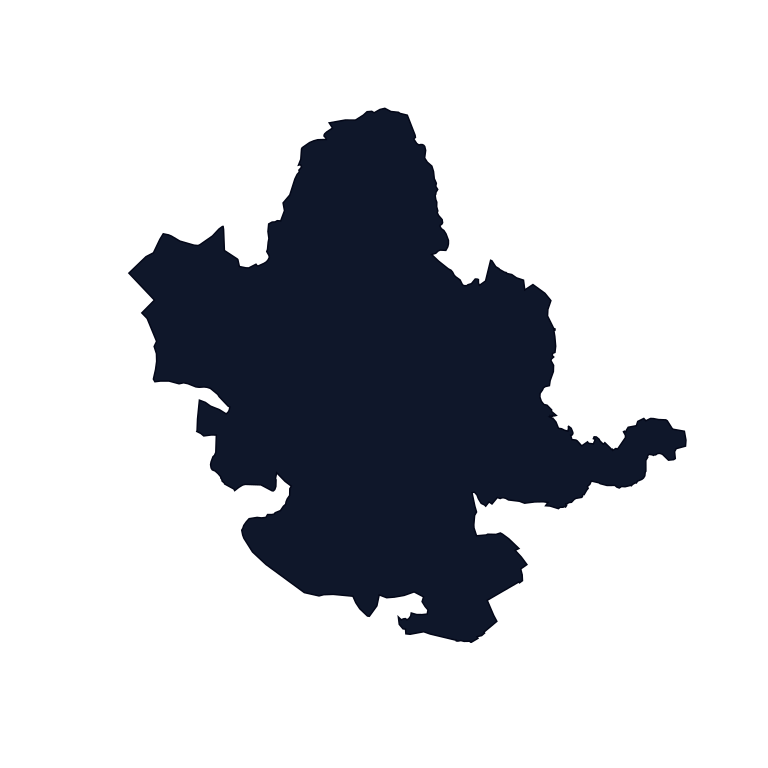 Beclean, Bistrita-Nasaud, Romania, rotated 223°
{"feature_id": "2599482B65720135883018", "entity_name": "Beclean", "entity_type": "district", "adm_level": 2, "iso_a3": "ROU", "parent_name": "Romania", "parent_adm1": "Bistrita-Nasaud", "projection": "robinson", "projection_center": [24.16, 47.164], "detail": "fine", "context": "isolated", "style": "filled", "palette": "ink", "viewbox_px": 768, "rotation_deg": 223, "n_neighbors": 0, "source": "geoboundaries", "source_scale": "gbopen_adm2", "svg_char_len": 6171}
<svg xmlns="http://www.w3.org/2000/svg" viewBox="0 0 768 768"><g transform="rotate(223 384 384)"><path d="M550.3,596.5L556.9,592.8L558.7,592.6L564.8,588.0L571.4,586.2L574.2,582.0L576.2,575.6L578.9,575.1L582.1,571.6L582.5,566.6L584.9,557.5L592.4,550.6L602.2,537.6L596.2,536.1L597.8,529.3L598.0,526.6L597.6,525.2L596.9,524.4L594.5,524.3L593.0,523.5L599.1,517.4L601.3,513.8L603.1,509.8L605.0,501.0L604.6,499.6L598.1,491.6L595.8,485.7L594.6,487.5L592.2,486.4L592.1,482.4L590.5,481.2L590.5,478.1L589.0,473.2L581.8,458.0L581.3,447.6L575.0,442.9L570.8,432.8L573.5,430.6L574.2,428.3L576.3,426.1L577.5,422.4L572.9,416.4L567.4,411.9L565.4,408.7L561.0,403.0L560.1,400.9L555.9,399.6L554.3,398.5L553.5,396.0L553.3,393.3L554.0,390.5L556.6,384.3L557.7,384.0L559.3,384.3L562.1,376.6L564.2,374.8L569.9,371.3L575.7,375.3L576.5,375.4L591.8,372.8L606.7,387.6L609.1,389.5L609.6,389.0L610.4,384.8L610.4,375.3L613.6,360.4L614.4,358.5L617.6,356.0L630.8,349.3L640.4,347.2L643.3,346.1L647.9,343.3L646.6,337.0L642.1,322.7L644.9,314.8L646.2,291.1L609.1,288.8L609.6,270.8L601.9,270.4L579.4,260.1L577.7,254.7L571.1,251.0L565.7,245.5L560.9,238.7L556.0,230.3L553.1,229.4L549.5,233.7L543.3,239.5L534.0,244.4L531.4,248.2L527.6,250.5L519.6,253.6L516.9,255.6L513.6,259.1L511.2,260.9L508.0,262.4L498.5,263.0L495.9,262.3L482.8,261.5L481.0,262.1L479.3,259.1L478.8,257.0L479.0,254.5L486.8,253.0L495.8,249.5L502.1,248.7L508.0,246.3L496.5,231.2L488.9,222.4L488.6,221.6L484.3,222.9L480.4,223.1L475.5,229.0L471.8,232.3L460.4,219.3L459.3,216.2L459.5,214.2L457.3,209.0L455.8,206.7L453.2,204.7L451.0,204.1L448.2,205.2L444.3,205.3L440.2,204.8L439.1,203.9L437.5,203.6L436.2,202.6L433.2,202.7L432.4,202.2L422.2,204.8L420.5,204.2L419.7,209.4L418.5,213.7L417.1,215.9L405.2,226.3L392.9,229.6L392.0,230.4L391.9,232.3L393.2,235.3L397.6,240.3L398.9,240.9L402.0,245.9L390.0,245.3L382.1,246.1L381.5,243.2L377.0,238.2L376.4,234.0L375.3,231.1L373.9,228.9L374.2,226.0L373.4,220.8L375.8,215.6L375.6,214.0L377.0,212.0L380.1,209.1L379.4,205.9L382.3,202.5L385.8,199.9L390.8,193.5L390.7,189.1L390.1,184.9L388.8,182.1L388.4,180.1L384.4,177.2L381.2,175.6L365.6,171.5L347.1,171.5L300.0,177.1L287.0,184.7L284.4,188.8L277.7,195.5L262.0,207.6L255.5,204.8L248.4,203.1L237.9,203.0L236.3,204.1L237.9,216.9L243.7,226.5L236.3,229.5L231.0,235.3L225.1,243.1L220.2,252.5L209.9,255.3L207.7,250.8L202.2,249.3L197.8,248.8L195.5,245.2L198.9,241.3L203.0,237.6L207.9,235.1L206.2,232.5L205.8,229.2L206.4,227.2L208.4,227.0L209.6,225.5L210.6,223.3L214.6,223.4L208.9,218.6L203.1,217.9L201.1,219.4L197.6,216.2L194.2,218.8L186.0,229.9L179.8,232.6L156.5,245.8L155.9,245.4L154.6,246.4L152.8,248.8L149.9,250.4L145.9,254.3L144.7,254.2L144.0,254.7L141.8,262.1L143.7,262.6L141.0,266.6L140.6,270.4L141.7,270.5L139.6,287.4L146.0,289.6L161.0,296.2L150.4,331.2L149.3,331.0L148.6,334.6L152.8,338.7L157.2,341.5L157.8,342.4L156.3,349.4L165.5,351.1L174.7,351.8L173.1,355.7L187.2,355.9L195.0,355.0L197.3,354.4L199.5,350.4L205.8,344.8L206.2,343.4L212.8,336.1L220.0,340.1L222.2,342.2L228.1,349.7L229.0,353.5L234.2,356.6L245.6,364.6L244.1,366.6L240.2,366.2L236.8,364.5L231.5,363.0L228.0,364.1L226.3,364.0L226.8,369.4L223.2,369.9L223.7,378.3L220.9,379.5L220.2,381.1L219.0,382.3L217.0,383.4L213.9,384.1L205.0,390.6L199.9,392.7L193.3,400.6L187.2,406.5L183.3,409.2L182.8,405.2L179.3,408.0L171.4,411.8L171.2,413.8L168.9,416.1L168.9,417.1L167.3,417.8L167.6,419.6L168.7,419.6L169.4,420.3L168.3,421.2L168.1,423.1L166.2,425.4L166.2,429.4L165.6,431.3L162.1,435.9L162.1,437.0L162.9,437.9L163.0,438.9L162.2,439.5L163.4,444.8L163.5,446.9L165.4,447.8L165.0,450.9L166.2,454.4L159.5,458.3L158.0,458.5L151.7,461.9L146.0,467.3L143.4,467.4L141.0,468.4L140.4,471.0L137.6,473.3L135.2,476.9L135.0,477.7L133.7,478.2L133.7,480.1L132.9,482.9L131.9,483.7L132.3,485.9L130.4,490.1L130.1,492.2L130.6,494.7L132.8,497.6L133.0,498.8L140.4,506.7L141.2,510.4L141.9,510.6L142.3,511.6L142.2,513.3L139.3,515.3L138.3,515.5L137.6,517.2L137.0,517.4L136.5,519.8L134.8,521.5L132.4,522.5L124.0,522.3L120.6,526.2L120.1,528.1L125.3,532.7L126.2,536.0L121.1,544.2L124.9,548.9L132.1,554.3L141.7,548.1L143.0,548.0L151.7,550.3L153.4,550.0L159.0,545.2L163.6,542.3L165.6,540.5L167.4,535.7L170.5,536.0L172.9,529.7L171.0,525.6L175.9,518.9L175.2,515.5L174.4,514.1L176.0,513.5L176.3,512.4L172.6,511.2L170.9,509.6L168.8,495.8L170.5,494.9L171.4,491.5L172.5,492.0L172.9,492.0L173.1,491.1L173.7,491.0L174.5,491.5L182.5,491.7L182.5,489.5L187.5,489.7L189.0,490.3L192.6,490.1L194.3,488.7L193.6,486.8L191.7,487.5L190.0,483.0L194.0,480.1L195.7,480.5L197.2,473.6L203.9,474.2L205.4,473.9L208.7,471.5L212.5,473.8L211.8,474.4L211.7,475.4L212.0,476.5L212.9,477.4L216.9,479.3L220.1,479.0L220.1,478.5L218.9,477.5L217.4,474.9L220.4,473.3L223.6,472.4L226.2,470.6L232.3,473.5L236.3,474.0L240.4,472.9L239.9,473.6L240.8,473.6L241.0,474.1L239.7,474.3L238.7,475.1L239.5,475.2L239.7,475.8L238.9,476.5L237.6,476.9L236.6,478.5L242.9,478.2L243.7,479.4L250.3,479.7L253.0,478.1L254.1,478.2L257.2,478.7L261.1,480.8L263.4,483.5L264.1,488.1L264.8,489.8L264.3,492.1L261.9,495.6L264.8,499.8L268.6,508.6L272.7,513.3L277.9,515.0L278.6,516.4L278.3,519.5L280.2,519.5L281.6,521.3L280.5,523.7L284.2,528.7L291.4,535.2L296.8,539.4L295.7,539.9L296.4,540.9L297.8,540.4L310.8,545.3L315.0,550.3L318.8,558.8L328.2,560.1L342.9,558.3L345.2,548.8L352.8,555.1L359.5,552.0L365.2,551.2L369.2,548.8L370.8,548.8L371.9,548.0L377.6,546.6L378.6,546.8L382.3,546.0L389.1,547.7L390.4,547.2L380.0,528.6L381.5,521.2L383.7,522.2L386.2,524.8L387.4,524.3L388.9,523.0L388.5,517.0L390.3,513.9L390.6,512.2L392.6,510.5L394.3,510.1L399.3,512.0L404.9,511.3L407.1,511.5L410.1,512.6L412.6,512.9L415.4,512.1L428.0,511.1L437.5,511.2L435.3,514.9L435.1,518.3L434.2,520.3L429.9,523.9L430.9,527.8L432.4,530.4L434.8,533.0L441.0,536.1L444.9,537.1L448.0,536.7L450.6,537.5L451.2,538.4L450.7,540.1L451.1,541.9L453.6,543.9L459.1,544.5L461.9,545.6L462.7,547.3L466.4,549.6L469.4,553.0L471.9,554.2L475.2,556.8L475.6,558.2L476.7,559.6L477.4,562.9L481.0,563.9L482.6,566.5L487.3,568.5L492.7,573.2L497.6,576.0L503.7,575.8L508.4,577.0L512.9,583.3L516.2,585.5L517.9,585.7L519.3,585.2L520.7,583.9L521.5,582.6L524.1,582.2L529.4,583.5L529.2,585.8L531.0,587.2L550.3,596.5Z" fill="#0f172a" stroke="#020617" stroke-width="1.5"/></g></svg>